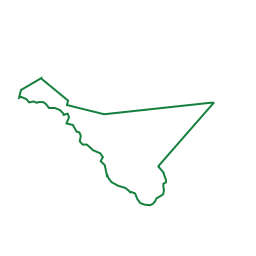 Esperance, Soufrière, Saint Lucia, rotated 157°
{"feature_id": "8701671B42907640167452", "entity_name": "Esperance", "entity_type": "district", "adm_level": 2, "iso_a3": "LCA", "parent_name": "Saint Lucia", "parent_adm1": "Soufrière", "projection": "mercator", "projection_center": [-61.035, 13.845], "detail": "fine", "context": "isolated", "style": "outline", "palette": "green", "viewbox_px": 256, "rotation_deg": 157, "n_neighbors": 0, "source": "geoboundaries", "source_scale": "gbopen_adm2", "svg_char_len": 1076}
<svg xmlns="http://www.w3.org/2000/svg" viewBox="0 0 256 256"><g transform="rotate(157 128 128)"><path d="M39.5,117.6L39.5,117.8L40.9,118.6L144.6,150.0L145.0,150.3L174.6,172.5L175.2,172.9L172.5,176.7L188.5,207.3L188.3,207.8L211.6,204.8L216.5,198.4L214.4,198.5L210.3,194.4L209.0,190.2L204.5,189.3L202.3,187.0L199.2,186.5L195.6,184.7L194.2,181.9L192.9,177.3L187.5,175.0L183.5,170.9L181.6,165.7L182.0,165.2L181.4,165.1L178.0,164.8L178.0,163.2L178.0,161.1L182.8,156.2L180.2,154.3L177.6,152.4L176.7,144.7L174.5,142.9L174.5,139.2L177.6,134.7L176.3,130.6L172.3,128.7L168.7,121.0L163.4,115.5L162.5,111.0L166.1,108.2L165.4,106.5L163.9,102.8L165.9,92.9L165.5,93.2L165.5,89.4L164.4,84.7L159.6,78.6L153.9,73.9L151.9,70.2L151.0,67.8L150.1,67.9L147.2,65.2L147.1,63.2L147.2,59.1L146.1,54.2L142.9,51.1L140.8,49.9L137.6,48.2L134.5,48.6L131.8,49.9L129.0,52.2L124.4,52.7L122.6,53.1L121.5,53.3L119.2,56.6L118.4,60.0L117.2,62.9L114.9,63.1L114.3,63.1L113.2,65.8L113.2,69.8L112.7,72.9L113.7,76.3L115.1,80.6L113.7,81.2L114.8,81.1L39.5,117.6Z" fill="none" stroke="#15803d" stroke-width="2"/></g></svg>